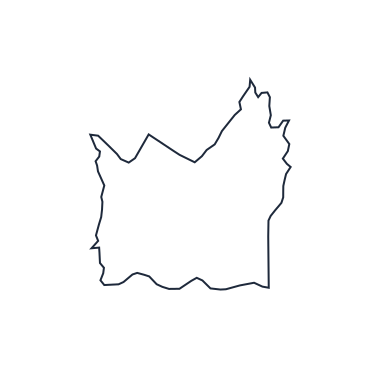 Casinhas, Pernambuco, Brazil, rotated 213°
{"feature_id": "56859067B79988983396987", "entity_name": "Casinhas", "entity_type": "district", "adm_level": 2, "iso_a3": "BRA", "parent_name": "Brazil", "parent_adm1": "Pernambuco", "projection": "natural_earth1", "projection_center": [-35.716, -7.762], "detail": "fine", "context": "isolated", "style": "outline", "palette": "slate", "viewbox_px": 384, "rotation_deg": 213, "n_neighbors": 0, "source": "geoboundaries", "source_scale": "gbopen_adm2", "svg_char_len": 1296}
<svg xmlns="http://www.w3.org/2000/svg" viewBox="0 0 384 384"><g transform="rotate(213 192 192)"><path d="M75.5,153.5L103.9,196.3L112.3,209.7L113.0,214.8L112.3,222.0L111.1,231.6L112.6,237.2L116.0,242.5L118.7,246.8L120.9,252.6L122.9,258.3L122.9,266.7L127.8,267.3L134.0,269.5L133.9,278.5L136.5,285.2L146.0,288.9L148.8,296.7L149.6,304.8L154.4,301.5L154.7,293.4L160.7,289.2L165.2,292.0L167.7,299.3L174.0,306.2L178.3,313.9L183.0,316.6L187.6,313.0L188.2,307.6L193.1,309.9L196.0,313.9L204.3,317.8L201.0,311.6L201.3,300.1L201.3,293.3L196.0,288.0L198.1,279.9L199.2,268.7L200.1,259.4L199.2,251.8L198.9,244.3L202.6,235.2L203.2,227.4L205.9,218.4L222.6,216.4L229.4,216.4L259.7,216.7L258.2,189.3L261.1,182.2L269.7,180.8L275.6,183.0L287.9,185.5L301.4,188.1L308.5,184.7L296.1,176.2L291.3,175.9L289.1,171.2L289.6,165.3L286.0,162.5L282.1,158.1L269.1,149.7L265.4,138.4L261.8,135.0L257.9,128.3L254.5,121.5L252.4,114.2L248.9,103.3L244.1,99.9L245.6,90.1L239.6,94.8L236.7,90.9L230.5,82.3L224.6,80.5L222.2,75.5L220.7,68.1L214.9,66.2L203.3,74.6L200.4,79.2L197.0,90.4L193.9,94.3L187.1,96.5L181.9,97.9L171.4,95.4L165.2,96.3L158.5,98.2L149.8,104.0L144.2,117.1L141.3,122.6L135.1,123.5L124.0,121.2L115.0,125.7L110.6,128.9L101.0,139.7L90.5,149.7L81.4,151.0L75.5,153.5Z" fill="none" stroke="#1e293b" stroke-width="2"/></g></svg>